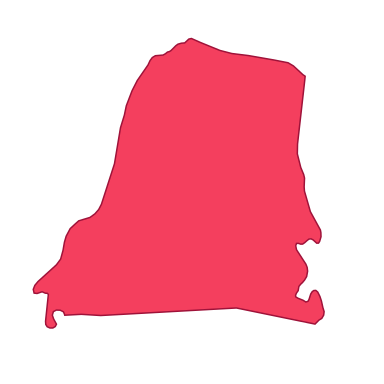 SVG path tracing the border of Nickerie, rotated 7°
{"feature_id": "SUR-37", "entity_name": "Nickerie", "entity_type": "District", "adm_level": 1, "iso_a3": "SUR", "parent_name": "Suriname", "parent_adm1": "", "projection": "natural_earth1", "projection_center": [-56.858, 5.617], "detail": "fine", "context": "isolated", "style": "filled", "palette": "rose", "viewbox_px": 384, "rotation_deg": 7, "n_neighbors": 0, "source": "natural_earth", "source_scale": "10m", "svg_char_len": 1618}
<svg xmlns="http://www.w3.org/2000/svg" viewBox="0 0 384 384"><g transform="rotate(7 192 192)"><path d="M47.6,311.6L46.3,308.0L47.4,303.8L50.1,299.6L66.3,280.8L69.8,274.6L71.1,265.6L71.5,257.3L72.5,251.2L75.6,243.1L80.2,237.7L83.1,234.4L93.8,229.7L98.3,225.5L101.5,220.8L103.6,215.2L111.6,173.5L113.2,136.9L115.5,124.0L116.3,114.4L120.2,98.7L124.1,88.0L132.9,71.2L134.3,66.8L136.2,63.4L139.0,61.2L146.6,59.6L148.9,57.9L150.6,56.1L152.4,55.4L153.9,54.2L158.1,48.8L160.0,47.0L163.3,45.6L166.6,44.9L170.2,40.6L172.7,39.7L181.9,42.5L202.5,48.1L214.7,49.7L231.3,49.7L257.3,51.0L271.6,52.0L277.3,54.5L287.7,62.0L290.2,63.3L290.3,67.1L290.9,131.5L291.9,141.3L297.0,154.5L300.7,161.0L302.0,164.5L302.7,173.3L303.5,177.4L311.9,197.1L324.1,214.1L324.9,216.7L325.5,220.7L324.7,225.5L323.8,227.3L322.0,227.6L318.1,224.8L315.9,224.0L313.8,224.5L311.9,226.4L310.1,228.5L308.2,230.2L306.1,230.5L303.9,230.0L302.0,230.3L301.5,232.7L302.8,236.6L313.8,249.7L315.5,252.8L316.4,256.5L316.1,261.9L314.5,265.6L312.7,268.4L311.1,270.3L309.6,272.7L309.4,277.0L308.1,279.4L307.4,281.7L307.7,283.4L310.1,284.5L315.4,285.9L318.4,287.3L320.4,286.4L321.2,284.5L322.3,278.7L323.5,276.2L325.0,274.9L326.9,274.6L329.0,276.0L331.7,280.1L333.7,284.3L336.0,290.8L337.7,294.6L337.7,298.2L336.2,301.7L333.8,303.5L330.2,308.1L250.2,301.7L116.5,325.7L97.0,326.9L80.7,329.8L80.4,329.0L79.0,326.6L75.6,325.4L71.8,325.7L69.0,327.6L68.4,331.3L70.2,335.0L73.6,339.7L72.7,342.2L70.5,343.9L67.6,344.3L64.7,343.4L63.0,341.3L62.4,338.2L61.9,311.2L60.8,310.2L58.7,310.3L55.4,309.3L50.6,311.6L47.6,311.6Z" fill="#f43f5e" stroke="#9f1239" stroke-width="1.5"/></g></svg>